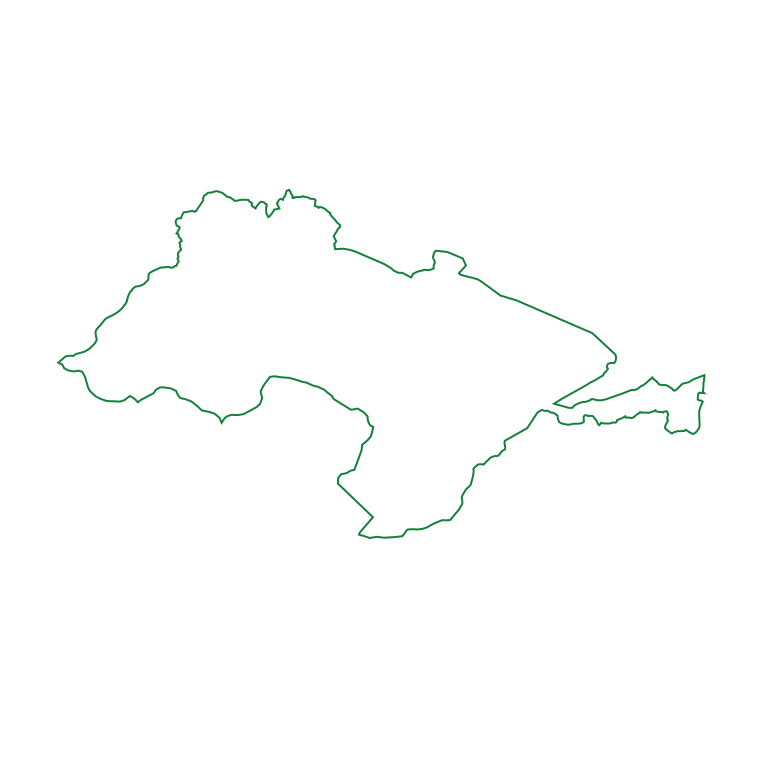 the district of Aldai, Rift Valley, Kenya, rotated 205°
{"feature_id": "3690345B36924206491537", "entity_name": "Aldai", "entity_type": "district", "adm_level": 2, "iso_a3": "KEN", "parent_name": "Kenya", "parent_adm1": "Rift Valley", "projection": "mercator", "projection_center": [34.935, 0.06], "detail": "fine", "context": "isolated", "style": "outline", "palette": "green", "viewbox_px": 768, "rotation_deg": 205, "n_neighbors": 0, "source": "geoboundaries", "source_scale": "gbopen_adm2", "svg_char_len": 6139}
<svg xmlns="http://www.w3.org/2000/svg" viewBox="0 0 768 768"><g transform="rotate(205 384 384)"><path d="M688.2,265.7L683.8,265.6L680.4,263.1L675.8,262.9L670.6,264.2L666.4,267.0L662.5,267.5L657.8,263.9L650.8,255.8L647.4,253.3L639.9,250.9L635.1,250.7L628.0,251.4L615.8,256.5L612.5,259.6L609.1,265.8L605.1,265.4L602.7,264.8L599.4,263.4L597.7,266.7L588.9,278.3L588.3,282.4L585.4,286.4L581.0,288.3L575.1,289.9L569.6,289.9L566.5,287.2L562.9,285.2L557.6,286.3L551.2,286.8L543.8,285.0L537.9,283.1L529.9,285.0L524.9,285.5L518.9,283.9L514.8,280.2L513.9,286.1L512.2,288.8L509.2,291.6L503.7,293.9L498.6,297.2L489.7,309.2L487.9,313.7L488.5,319.8L492.5,324.8L492.7,329.1L492.2,333.7L490.3,342.3L486.5,344.7L480.2,346.6L473.0,349.3L468.1,350.3L459.4,351.4L454.7,352.5L447.4,352.6L442.5,353.6L435.4,353.5L431.2,352.2L426.4,351.3L423.2,349.1L403.0,346.7L397.4,350.6L390.0,349.7L385.2,347.7L384.2,345.6L382.4,343.2L380.9,341.9L379.0,340.7L375.6,340.5L374.6,336.0L373.8,331.1L375.2,325.8L378.1,319.6L376.3,314.5L374.6,293.8L377.7,291.3L380.2,287.4L384.7,284.1L385.8,279.7L383.8,274.3L337.7,258.6L342.8,240.5L343.2,238.8L343.0,236.9L336.7,237.9L331.8,238.4L326.3,242.3L318.8,244.8L309.2,250.0L303.2,253.7L302.3,256.6L301.7,260.8L300.8,262.3L296.3,264.7L291.9,266.4L287.8,269.1L284.8,271.8L279.9,278.6L273.8,285.1L268.4,287.5L266.5,288.8L262.9,302.4L262.8,305.9L262.4,307.3L262.7,309.2L263.4,310.8L265.7,314.2L265.9,316.1L265.2,323.0L263.0,328.4L263.0,330.3L264.5,338.7L266.0,343.1L267.1,344.9L266.6,346.9L265.1,350.2L264.1,351.2L261.4,352.7L259.9,352.9L259.2,354.4L258.7,356.4L256.9,360.5L256.8,361.7L253.6,365.3L250.9,366.6L249.9,367.8L248.8,372.8L246.7,376.0L247.2,377.5L248.7,379.9L249.6,380.8L250.5,383.6L235.5,404.6L233.0,422.3L232.3,423.9L230.0,427.2L226.5,427.6L224.8,428.9L223.4,429.0L221.8,428.5L220.1,428.8L218.5,429.5L215.3,429.1L213.2,428.5L212.0,426.2L209.1,423.5L207.3,423.3L205.8,423.4L200.4,424.7L198.1,426.0L195.4,428.1L190.2,430.6L188.3,432.2L187.2,433.4L187.0,434.9L188.1,436.3L189.3,438.9L188.6,440.6L187.5,441.2L185.4,441.3L182.5,442.8L180.9,443.1L176.1,440.7L172.8,437.9L171.4,437.7L170.8,440.7L169.0,440.8L163.2,443.3L159.7,446.2L157.8,446.9L157.1,447.9L157.6,449.6L153.8,453.7L151.7,456.7L150.6,455.7L147.8,457.2L146.3,457.3L144.7,458.1L143.6,459.5L142.3,462.6L140.5,465.3L140.0,466.9L138.3,466.8L137.0,467.8L132.0,469.7L127.7,473.6L126.9,475.0L125.9,474.3L123.2,474.8L120.8,475.9L119.1,476.0L118.6,477.3L116.1,478.8L113.8,477.0L113.1,473.4L112.5,472.0L111.1,470.9L111.4,466.3L111.2,464.5L110.8,463.0L109.0,462.0L102.3,460.8L100.5,463.2L98.1,465.2L91.9,468.4L91.1,470.1L86.5,469.3L83.0,469.2L82.0,470.2L80.9,472.0L80.5,473.4L79.8,477.8L80.4,479.8L85.5,489.6L86.9,492.8L87.4,496.2L87.7,502.8L89.2,503.1L91.1,502.4L93.1,502.5L95.1,507.5L94.7,509.3L90.0,511.0L91.7,511.7L93.4,516.6L94.8,519.5L95.5,522.7L96.3,524.3L96.5,525.8L97.4,527.4L105.3,519.2L108.7,514.3L113.6,510.4L116.8,502.0L118.0,500.7L119.4,500.7L120.9,501.5L125.0,502.1L128.0,502.2L131.3,500.6L134.6,499.9L138.3,501.6L142.4,502.6L143.6,503.3L147.0,495.3L148.9,492.0L150.0,490.9L152.2,486.5L154.9,484.1L157.1,483.3L162.9,477.1L176.2,464.1L179.7,461.3L183.3,459.6L189.3,458.3L189.8,457.2L192.8,453.7L197.1,451.0L199.4,448.8L202.0,445.6L203.3,441.9L206.8,440.4L221.5,438.0L216.8,445.4L200.4,468.1L197.4,472.8L194.9,475.8L188.9,484.7L189.2,486.6L188.0,489.2L187.5,492.4L189.5,494.0L189.6,496.1L189.3,497.3L187.9,498.5L184.1,500.5L183.9,502.7L184.6,505.6L186.2,508.0L187.7,508.8L216.7,518.1L299.1,515.8L315.8,513.4L339.1,518.0L343.5,518.5L360.9,515.3L362.9,516.0L359.8,526.0L365.7,531.1L382.4,530.4L393.3,526.7L393.9,525.0L394.0,523.6L393.4,520.2L392.6,518.8L390.2,516.8L389.2,515.6L389.1,512.5L387.8,509.5L391.3,506.2L396.1,504.4L396.9,503.2L398.0,502.6L401.3,499.8L404.4,495.9L404.2,493.5L404.5,492.0L414.3,492.5L418.2,490.8L423.1,490.9L426.8,492.0L434.5,492.8L466.3,491.9L472.3,491.0L478.8,489.1L485.1,485.6L486.3,486.7L486.9,488.3L488.3,489.4L487.6,493.1L491.9,496.5L492.0,498.4L491.4,501.6L491.2,505.6L490.4,507.0L490.5,508.6L491.3,509.6L494.3,510.3L498.8,512.5L503.3,514.3L504.5,515.2L505.0,516.4L506.8,516.4L511.9,517.8L515.7,517.7L516.9,517.3L517.7,516.1L518.8,516.7L520.5,516.1L522.0,516.2L522.4,517.9L523.2,519.7L523.3,521.1L524.5,522.0L526.0,521.9L529.0,520.8L530.8,520.9L534.5,520.4L535.7,519.8L537.1,519.9L538.0,518.5L543.5,515.8L544.2,514.4L545.7,514.1L546.1,515.7L547.6,516.5L550.5,518.9L552.1,519.9L552.8,518.8L553.9,518.1L553.1,512.5L553.6,511.4L553.8,510.0L553.3,508.3L554.8,508.3L556.1,507.8L557.2,505.8L556.9,504.0L557.4,502.5L553.0,498.8L557.4,495.5L557.2,494.2L557.8,490.5L558.5,487.7L559.5,486.3L562.9,489.2L563.6,490.3L565.6,494.6L565.5,495.8L566.1,497.2L567.9,497.2L569.3,497.8L570.6,497.7L571.8,497.5L572.9,496.8L573.5,495.3L574.6,490.7L574.6,488.8L579.2,489.7L579.8,491.5L580.7,492.3L583.3,492.6L584.7,493.5L588.9,491.8L592.4,489.9L594.6,488.0L597.2,486.8L598.3,487.4L602.3,488.0L605.5,487.5L611.4,488.9L616.1,488.3L617.7,487.8L621.6,484.4L624.4,482.9L625.2,480.9L626.6,478.7L626.5,476.3L625.5,473.5L627.5,461.2L628.5,460.0L630.1,460.0L631.5,459.4L634.2,457.6L635.4,456.3L636.9,455.8L638.0,454.8L638.4,453.1L638.2,451.8L638.4,450.5L638.0,448.5L640.9,446.8L641.6,445.2L641.5,443.4L640.8,441.9L638.5,439.8L636.8,440.0L635.3,439.5L635.0,437.9L635.5,435.8L635.3,434.2L635.6,432.8L634.0,433.0L632.2,430.8L628.6,429.1L627.7,428.0L628.6,427.1L629.0,425.4L627.9,424.3L626.1,421.4L624.6,420.1L625.4,418.4L626.0,415.5L625.1,413.4L623.8,412.1L624.2,410.4L621.9,408.2L622.2,406.8L622.1,403.4L623.4,402.6L624.1,400.8L625.2,399.9L626.4,399.3L627.9,399.3L629.3,398.8L630.6,398.2L632.0,397.0L635.3,395.4L640.1,390.1L642.9,386.3L643.5,384.8L643.5,383.3L641.9,379.7L642.0,377.7L642.7,376.5L643.6,373.4L646.0,370.4L647.4,369.2L650.0,367.5L650.8,366.6L652.1,363.6L652.2,361.8L653.0,360.6L653.0,355.1L651.9,349.6L652.3,346.5L652.9,345.4L652.9,343.5L654.4,339.2L656.0,336.2L657.8,333.3L663.2,326.5L664.1,324.9L665.7,318.1L667.3,313.2L667.6,311.3L667.5,309.3L665.3,305.6L663.1,303.0L663.1,299.1L664.9,293.9L666.1,291.1L668.5,287.5L670.2,285.7L675.9,280.9L677.6,278.0L680.3,277.1L683.5,275.1L684.7,273.6L688.2,265.7Z" fill="none" stroke="#15803d" stroke-width="2"/></g></svg>